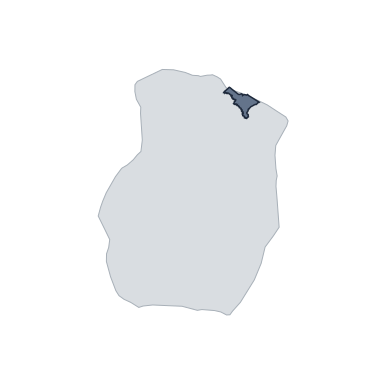 Siloe, Mohale's Hoek, Lesotho shown in context, rotated 144°
{"feature_id": "5366337B49038686470651", "entity_name": "Siloe", "entity_type": "district", "adm_level": 2, "iso_a3": "LSO", "parent_name": "Lesotho", "parent_adm1": "Mohale's Hoek", "projection": "mercator", "projection_center": [27.347, -29.998], "detail": "fine", "context": "in_parent", "style": "filled", "palette": "slate", "viewbox_px": 384, "rotation_deg": 144, "n_neighbors": 0, "source": "geoboundaries", "source_scale": "gbopen_adm2", "svg_char_len": 5073}
<svg xmlns="http://www.w3.org/2000/svg" viewBox="0 0 384 384"><g transform="rotate(144 192 192)"><path d="M244.9,249.4L235.7,252.3L234.4,252.5L228.5,251.9L220.6,252.6L214.4,254.2L209.5,254.8L201.7,263.2L187.4,285.9L183.6,290.7L182.5,299.7L179.2,306.8L175.1,312.3L171.2,313.6L159.2,311.4L144.0,308.6L135.1,301.7L127.2,292.7L123.0,286.1L118.6,282.5L117.2,280.5L110.9,277.5L108.6,275.9L106.5,274.8L104.0,270.4L102.5,266.6L103.1,256.1L98.8,249.8L91.3,239.1L86.5,230.3L80.0,218.4L76.1,208.1L72.0,197.5L72.5,193.0L76.4,189.9L87.9,184.6L96.9,180.4L103.3,172.9L110.3,161.7L113.7,154.9L117.1,151.8L120.8,147.1L127.2,136.5L134.4,124.9L142.2,112.3L151.9,108.7L165.2,104.5L178.0,93.6L193.2,84.3L217.7,74.3L229.2,71.8L233.5,70.4L236.3,72.2L239.2,78.0L243.4,82.8L253.1,91.1L257.2,93.1L267.2,105.4L277.9,113.9L290.2,123.7L298.6,128.5L302.9,129.9L306.4,138.6L310.0,145.0L312.0,151.0L311.6,156.9L307.7,171.3L302.1,186.1L297.5,192.2L292.0,196.1L286.5,201.9L284.4,213.7L282.0,227.7L274.9,233.4L269.4,237.2L261.8,241.8L244.9,249.4Z" fill="#d9dde1" stroke="#a8b0b8" stroke-width="1"/><path d="M106.4,239.0L106.3,238.4L106.1,238.2L105.8,238.0L105.7,238.0L105.7,237.9L105.9,237.8L105.9,237.7L105.7,237.6L105.3,237.5L105.0,237.5L104.8,237.4L104.7,237.4L104.7,237.2L104.6,236.9L104.4,236.8L104.5,236.5L104.5,236.4L104.6,236.5L104.9,236.4L104.9,236.2L104.7,236.0L104.8,236.1L104.7,236.2L104.7,236.3L104.6,236.2L104.5,235.9L104.4,235.8L104.2,235.8L104.3,235.7L104.5,235.3L104.3,235.2L104.2,235.1L104.1,234.9L104.1,234.7L103.8,234.5L103.8,234.4L104.0,234.2L104.0,233.9L103.7,234.0L103.6,233.8L103.7,233.5L103.6,233.4L103.6,233.2L103.8,232.9L103.7,232.5L103.8,232.4L104.0,232.2L103.9,232.1L103.8,231.9L103.6,231.7L103.4,231.2L103.2,231.0L103.2,230.9L103.3,230.6L103.3,230.4L103.5,230.2L103.6,229.9L103.8,229.9L104.0,229.8L104.0,229.7L103.9,229.6L103.8,229.4L103.7,229.2L103.5,229.3L103.4,229.2L103.5,229.0L103.6,228.9L103.4,228.7L103.5,228.6L103.8,228.4L103.8,228.2L104.0,228.1L104.1,227.7L104.3,227.7L104.2,227.5L104.2,227.4L104.3,227.3L104.3,227.2L104.1,227.2L104.0,226.9L103.9,226.8L103.8,226.7L104.0,226.6L104.3,226.4L104.2,226.4L104.0,226.2L104.2,225.7L104.3,225.7L104.5,225.6L104.5,225.4L104.8,225.3L105.0,225.3L105.1,225.2L105.5,225.0L105.5,224.8L105.5,224.7L105.6,224.3L105.6,224.2L105.8,224.0L106.0,224.1L106.1,223.9L105.9,223.6L105.7,223.6L105.6,223.2L105.4,222.9L105.2,222.6L105.4,222.2L105.5,222.1L105.4,221.9L105.6,221.8L105.7,221.7L105.6,221.3L105.7,221.2L105.4,221.1L105.4,220.9L105.2,221.0L105.1,220.9L105.0,220.7L105.1,220.3L105.1,220.1L104.9,219.9L104.7,219.7L104.5,219.3L104.4,219.3L104.2,219.6L104.0,219.8L103.8,219.8L103.4,219.8L103.1,219.7L102.3,219.7L102.2,219.7L102.2,219.8L102.2,220.2L102.1,220.3L101.3,221.1L101.2,221.3L101.1,221.7L101.1,221.9L101.3,222.3L101.4,222.7L101.5,223.0L101.4,223.3L101.1,223.7L101.1,223.8L101.0,224.0L100.8,224.1L100.7,224.2L100.2,224.2L99.6,224.4L99.4,224.5L99.2,224.6L99.0,224.8L98.7,224.9L98.6,225.1L98.5,225.3L98.4,225.4L98.2,225.5L97.9,225.8L97.5,226.0L97.4,226.0L97.2,226.0L97.1,225.9L96.9,225.7L96.8,225.8L96.7,225.9L96.3,226.0L96.2,226.0L95.9,226.1L95.4,226.1L94.8,226.3L94.1,226.4L93.7,226.3L92.4,226.1L92.2,226.1L91.7,226.0L90.8,226.0L90.6,225.9L90.3,225.8L89.9,225.8L89.5,225.7L89.3,225.7L89.0,225.3L88.8,225.1L88.6,225.1L88.0,225.1L87.8,225.1L86.7,225.4L86.4,225.5L86.2,225.6L85.6,225.2L85.4,225.1L85.1,225.1L84.8,225.1L87.2,231.0L88.7,234.8L89.6,236.9L89.6,237.2L89.7,237.7L89.7,237.9L89.6,238.1L89.2,238.3L90.8,238.2L91.1,238.6L92.1,239.7L92.3,239.8L92.7,240.2L94.4,240.3L93.9,241.2L94.2,242.3L94.5,242.4L95.2,242.7L95.6,242.7L96.1,243.0L96.4,243.1L96.6,243.2L96.9,243.6L97.1,243.9L97.9,246.7L99.3,251.7L99.8,253.8L100.2,254.7L100.3,254.8L100.8,254.8L101.4,254.7L101.7,254.6L102.7,254.5L103.6,254.5L103.9,254.4L105.6,254.3L105.8,254.2L106.1,254.3L106.5,254.3L107.1,254.1L107.9,253.8L107.8,253.7L107.7,253.6L107.7,253.4L107.5,253.6L107.4,253.7L107.1,253.4L106.9,253.3L106.9,253.2L106.6,253.0L106.6,252.8L106.7,252.7L106.3,252.5L106.2,252.4L106.3,252.2L106.4,251.9L106.1,251.7L105.8,251.5L105.8,251.4L105.8,251.2L105.6,251.2L105.5,251.3L105.4,251.1L105.2,251.3L105.0,251.1L104.9,251.1L104.7,250.9L104.6,250.7L104.4,250.5L104.3,250.2L104.2,250.0L104.1,249.8L104.1,249.6L104.3,249.5L104.3,249.4L104.2,249.2L103.9,249.0L103.8,248.8L103.8,248.3L103.8,248.1L103.7,247.9L103.5,247.7L103.3,247.4L103.4,247.2L103.5,246.9L103.6,246.7L103.4,246.6L103.3,246.4L103.3,246.1L103.2,246.1L103.3,246.0L103.7,246.0L103.9,245.9L104.0,246.0L104.0,245.9L103.9,245.7L104.2,245.1L104.1,244.8L104.2,244.6L104.3,244.5L104.4,244.3L104.4,244.2L104.2,244.1L104.1,243.9L104.2,243.6L104.3,243.2L104.0,242.9L104.0,242.7L103.9,242.6L103.7,242.8L103.7,242.7L103.8,242.5L103.8,242.4L103.7,242.3L103.6,242.1L103.6,241.9L103.4,241.8L103.2,241.5L102.9,241.6L102.9,241.3L102.8,241.2L102.7,241.1L102.7,240.8L102.6,240.7L102.8,240.6L103.1,240.3L103.3,240.2L103.5,240.1L104.0,240.2L104.3,240.2L104.6,240.2L104.9,239.8L105.1,239.8L105.3,239.6L105.7,239.3L105.8,239.2L106.0,239.1L106.0,238.9L106.3,239.0L106.4,239.0Z" fill="#64748b" stroke="#1e293b" stroke-width="1.5"/></g></svg>